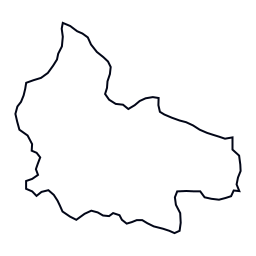 São José do Alegre, Minas Gerais, Brazil
{"feature_id": "56859067B14852467328130", "entity_name": "São José do Alegre", "entity_type": "district", "adm_level": 2, "iso_a3": "BRA", "parent_name": "Brazil", "parent_adm1": "Minas Gerais", "projection": "albers", "projection_center": [-45.516, -22.321], "detail": "fine", "context": "isolated", "style": "outline", "palette": "ink", "viewbox_px": 256, "rotation_deg": 0, "n_neighbors": 0, "source": "geoboundaries", "source_scale": "gbopen_adm2", "svg_char_len": 1417}
<svg xmlns="http://www.w3.org/2000/svg" viewBox="0 0 256 256"><path d="M239.3,191.1L236.6,184.4L238.0,177.5L240.6,171.0L240.3,164.6L239.1,155.6L232.5,149.6L232.5,137.4L225.0,138.7L219.1,136.7L213.3,134.9L207.1,132.9L199.7,129.7L193.0,125.4L186.1,122.2L179.6,120.5L171.8,117.7L164.3,114.5L159.9,111.8L158.4,105.2L158.6,98.0L152.8,97.1L145.6,98.3L139.7,101.0L134.7,105.2L128.3,109.0L123.0,104.7L115.7,103.9L109.1,99.7L105.1,94.0L107.0,87.9L107.5,81.3L109.9,74.1L110.7,67.0L108.0,61.5L103.3,57.1L96.8,51.9L91.0,44.5L87.8,37.4L82.4,33.5L77.1,31.2L70.2,26.0L62.8,22.9L61.7,28.7L62.8,36.7L61.9,46.4L58.2,53.7L57.0,59.5L53.1,65.7L47.8,73.0L41.0,77.9L33.5,80.2L26.2,82.8L25.2,88.9L23.6,95.5L21.0,101.9L17.4,106.5L15.4,113.9L17.2,121.7L19.4,129.7L27.6,135.5L32.1,144.1L31.7,150.7L36.6,152.8L40.2,157.4L37.7,164.0L35.9,169.2L38.0,174.9L32.2,178.9L26.1,181.0L26.1,188.8L32.2,191.4L36.5,195.9L41.5,191.9L48.4,190.2L53.8,194.9L57.5,200.6L59.8,205.4L62.5,211.5L70.0,216.6L76.3,219.8L84.6,213.8L91.3,210.7L97.7,212.4L103.0,215.5L109.1,216.1L113.1,213.1L119.5,215.2L121.9,219.8L126.7,223.6L131.8,222.1L136.8,220.1L142.2,220.1L147.3,223.2L153.8,226.4L162.9,228.7L169.3,230.8L174.5,233.1L179.6,230.8L180.7,222.8L180.2,213.1L175.9,204.8L174.9,197.3L177.2,191.4L186.4,191.0L193.0,191.3L200.2,191.3L204.6,197.3L211.4,198.8L219.0,199.7L225.5,198.0L231.1,196.2L233.7,190.5L239.3,191.1Z" fill="none" stroke="#020617" stroke-width="2"/></svg>